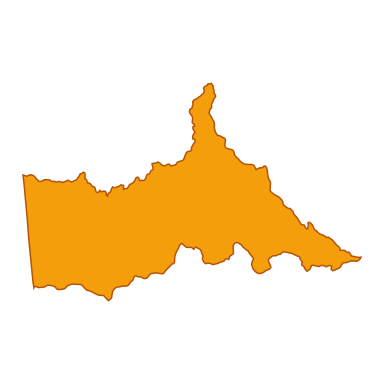 outline of Encruzilhada, Bahia, Brazil
{"feature_id": "56859067B66592424293928", "entity_name": "Encruzilhada", "entity_type": "district", "adm_level": 2, "iso_a3": "BRA", "parent_name": "Brazil", "parent_adm1": "Bahia", "projection": "robinson", "projection_center": [-40.923, -15.536], "detail": "fine", "context": "isolated", "style": "filled", "palette": "amber", "viewbox_px": 384, "rotation_deg": 0, "n_neighbors": 0, "source": "geoboundaries", "source_scale": "gbopen_adm2", "svg_char_len": 6017}
<svg xmlns="http://www.w3.org/2000/svg" viewBox="0 0 384 384"><path d="M23.0,175.0L24.0,183.4L27.3,219.6L28.8,239.2L32.9,281.2L33.9,287.8L34.5,286.5L36.2,286.6L37.6,287.3L38.9,287.6L40.4,287.4L44.6,287.0L47.0,285.5L48.8,285.1L50.6,285.6L51.9,285.6L53.1,285.9L54.9,286.9L56.9,289.0L58.5,289.6L62.1,289.3L64.5,288.7L65.6,287.9L66.7,286.5L67.8,285.7L71.0,284.4L72.8,284.1L74.6,284.1L78.2,284.4L79.8,284.3L81.6,284.8L86.0,289.6L87.1,290.3L89.9,290.9L96.6,294.3L98.2,295.0L99.3,295.2L103.8,295.6L107.4,299.7L108.7,300.7L109.9,299.4L111.0,298.6L111.7,297.5L111.9,295.2L112.7,291.4L114.5,288.6L117.3,286.9L119.7,286.9L122.3,286.0L123.9,286.2L126.7,286.0L128.7,285.0L130.6,282.1L132.8,280.3L133.7,277.7L134.6,276.2L136.1,276.0L137.6,276.7L140.8,276.9L144.1,278.6L146.5,278.2L147.7,277.2L150.2,274.2L151.4,273.6L156.0,272.9L158.7,273.2L160.2,273.6L163.0,273.7L164.3,272.7L165.0,271.4L167.2,268.9L169.6,266.6L171.7,264.2L173.8,263.6L174.6,262.0L174.6,259.3L175.0,256.0L175.9,253.1L177.1,250.6L178.8,247.4L179.5,245.3L181.4,243.5L182.7,244.1L184.7,246.0L186.2,247.2L187.3,247.4L191.5,247.4L193.9,249.3L195.1,247.3L196.7,247.4L198.1,248.4L200.1,249.4L200.9,250.3L201.9,253.9L203.0,255.8L202.4,258.4L202.7,259.8L203.9,262.1L205.3,263.6L209.5,263.1L212.8,264.6L218.0,263.4L220.4,262.2L223.7,261.3L225.4,259.2L226.6,258.7L228.7,259.5L229.8,256.2L232.2,254.7L233.5,253.4L233.1,245.8L234.7,243.2L236.5,242.6L238.1,242.7L239.3,243.6L241.5,244.8L242.3,246.4L246.0,249.6L248.0,250.9L249.8,253.9L253.6,258.5L252.1,262.0L251.6,264.2L252.6,267.9L253.2,269.0L254.6,270.8L256.5,272.6L258.4,273.5L261.7,273.2L263.7,272.2L266.2,270.4L269.6,269.1L270.8,267.4L270.6,265.8L269.0,262.5L268.3,260.6L268.8,259.2L269.5,258.1L270.8,257.5L271.9,256.4L273.0,255.8L276.2,255.7L278.0,254.7L280.6,254.1L282.6,252.1L284.0,251.9L286.6,252.2L288.1,252.7L289.6,252.9L291.4,253.2L297.2,256.0L298.4,256.2L299.5,256.8L300.0,258.5L300.6,259.9L301.6,260.8L302.4,262.1L301.7,263.6L301.9,265.3L302.9,265.7L304.0,266.6L304.5,268.4L305.5,269.4L306.2,270.7L307.3,271.2L309.9,269.1L310.8,267.4L311.4,265.5L312.9,265.3L315.4,265.7L317.4,266.3L319.1,266.5L320.9,265.5L322.9,265.6L324.7,265.8L325.8,266.8L327.4,266.4L328.9,265.5L330.5,265.6L331.8,266.4L331.3,268.1L331.2,269.4L332.8,270.8L334.5,270.2L336.1,269.4L338.9,268.3L340.7,266.6L341.4,265.0L342.9,263.1L344.1,262.7L345.4,262.8L348.1,262.1L350.3,261.0L352.3,261.1L353.9,260.8L355.2,261.3L356.3,261.2L358.3,260.6L360.1,258.9L361.0,257.2L359.7,257.4L358.1,257.3L355.2,256.9L353.6,256.3L352.1,256.3L350.8,254.9L349.8,253.1L348.8,252.2L346.5,252.2L344.9,250.5L343.2,250.3L341.3,250.4L340.2,250.1L339.9,248.2L338.7,246.6L337.1,245.5L332.0,239.6L330.3,238.6L328.6,237.2L327.1,237.5L325.7,236.8L323.7,235.3L321.5,234.7L319.5,233.8L318.2,232.7L316.5,230.9L314.9,229.8L314.0,228.3L312.1,224.7L310.9,223.5L309.9,222.6L308.9,222.2L307.9,223.1L308.4,225.1L307.5,228.7L306.2,228.7L305.2,227.2L304.3,225.1L302.6,224.9L301.1,224.2L299.1,221.1L298.0,219.0L297.0,217.6L294.3,214.7L293.4,213.1L292.8,211.1L290.0,208.5L288.3,208.4L286.7,207.5L283.6,205.0L283.0,203.2L282.7,201.5L281.4,199.5L278.6,196.8L273.9,194.3L271.0,191.8L270.0,190.5L270.5,183.6L270.4,181.8L269.4,180.3L268.5,178.1L267.5,173.8L267.5,171.2L266.4,167.2L265.2,166.0L263.4,166.5L262.2,167.7L261.0,167.9L259.5,167.9L258.1,168.4L256.2,169.6L255.3,168.1L254.7,166.7L253.8,165.4L252.7,164.7L250.7,164.4L248.1,164.5L246.6,164.4L244.5,164.1L241.9,162.6L239.6,160.6L238.5,159.0L236.2,157.0L235.1,155.9L234.3,153.9L233.8,151.7L233.1,150.5L232.0,149.7L227.5,148.6L226.0,147.9L225.2,146.8L224.8,144.9L224.9,143.1L225.6,140.2L225.1,138.7L220.1,135.9L217.6,135.4L215.9,132.8L215.1,131.4L214.3,127.4L214.5,125.4L214.4,123.8L214.0,121.8L213.0,120.0L211.9,118.3L211.2,116.5L210.0,114.9L208.9,112.8L209.7,110.8L210.1,109.1L211.4,108.1L211.7,106.0L211.4,104.6L212.1,103.2L212.9,101.7L213.4,100.1L214.3,98.3L215.6,96.6L215.4,95.0L214.4,93.5L214.0,91.9L213.9,90.4L213.4,88.5L213.2,86.1L211.3,83.3L209.7,83.9L208.0,83.8L207.1,85.2L205.8,86.1L204.7,86.5L203.5,88.2L204.3,90.9L203.6,93.2L201.1,95.3L200.2,96.3L198.8,97.1L196.7,98.9L195.4,99.2L194.1,99.9L192.7,101.7L193.1,104.2L192.3,106.1L192.1,108.0L190.9,108.7L189.7,109.9L189.4,111.8L190.0,113.4L191.9,116.0L192.5,117.2L192.5,120.4L192.1,122.2L193.1,123.8L194.3,124.5L194.5,126.1L192.9,126.8L192.9,128.7L193.7,130.3L195.0,132.5L193.8,133.9L193.0,135.3L192.6,137.3L192.7,138.9L193.8,139.0L195.2,139.7L194.9,142.1L193.6,143.7L192.7,145.4L191.7,147.0L191.4,148.3L191.6,149.8L190.2,151.2L188.3,151.4L186.4,152.4L184.3,157.6L183.7,159.5L182.1,160.8L180.7,161.0L179.0,161.6L177.7,162.0L176.8,163.0L176.1,164.3L175.1,164.9L173.7,165.4L171.1,165.7L170.1,165.2L169.0,164.0L167.1,164.4L165.5,165.7L163.9,165.7L161.9,165.1L159.9,163.1L158.7,162.4L157.6,162.1L156.5,162.8L154.8,163.2L153.4,163.2L152.0,163.7L152.6,166.5L153.2,168.0L152.8,169.6L151.3,170.5L150.1,172.2L149.3,173.9L147.9,174.2L146.9,174.9L146.3,176.1L145.8,178.1L144.7,179.8L143.1,180.7L141.9,180.3L140.8,180.4L139.5,180.5L138.9,178.5L137.8,177.1L136.2,177.6L135.0,180.1L134.0,181.8L131.4,183.8L129.5,184.5L129.0,185.9L127.7,187.6L126.5,188.8L124.8,188.6L123.5,189.3L123.6,185.4L122.3,185.3L121.1,184.8L119.1,186.3L117.2,186.7L115.4,187.7L113.9,187.5L112.6,187.0L111.5,188.8L110.9,190.8L110.3,192.0L109.2,192.7L108.1,194.0L107.6,196.0L106.2,195.1L106.4,193.5L105.7,191.7L104.7,191.1L103.2,191.2L101.6,191.8L100.7,191.0L99.6,190.4L98.9,191.9L97.7,192.5L96.4,192.2L95.6,190.6L95.3,188.6L94.3,186.9L92.3,186.3L90.9,184.4L89.4,183.0L87.4,182.9L86.9,180.8L86.4,179.5L85.0,178.8L85.1,174.6L84.8,172.9L83.3,172.2L81.9,173.5L80.2,173.9L79.3,175.7L77.0,179.2L75.8,180.3L74.5,180.6L73.0,181.5L71.3,181.9L69.5,181.3L68.4,180.2L67.3,180.5L66.0,181.2L63.8,182.0L62.4,182.4L61.3,182.0L58.6,181.4L56.9,182.1L55.7,181.8L54.6,181.4L53.4,181.3L52.0,181.5L49.3,179.9L45.6,179.7L43.8,179.8L42.6,180.9L41.3,181.3L40.0,181.5L38.8,181.3L37.9,180.1L36.8,179.2L35.8,178.2L34.9,176.8L33.9,175.9L31.3,174.8L30.0,174.8L28.4,175.4L27.0,176.3L23.0,175.0Z" fill="#f59e0b" stroke="#b45309" stroke-width="1.5"/></svg>